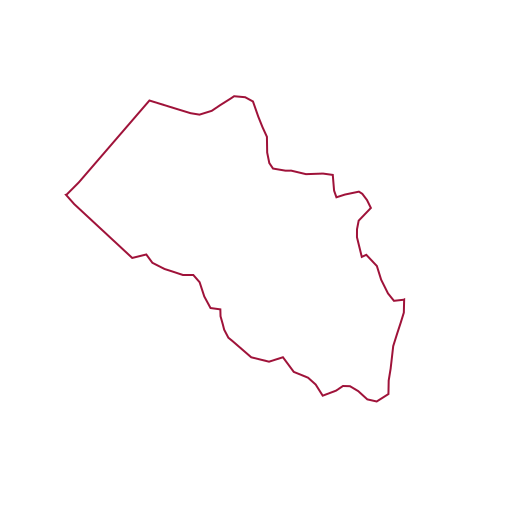 outline of Menogeia, Larnaca, Cyprus, rotated 326°
{"feature_id": "46923920B76142388843432", "entity_name": "Menogeia", "entity_type": "district", "adm_level": 2, "iso_a3": "CYP", "parent_name": "Cyprus", "parent_adm1": "Larnaca", "projection": "albers", "projection_center": [33.436, 34.845], "detail": "fine", "context": "isolated", "style": "outline", "palette": "rose", "viewbox_px": 512, "rotation_deg": 326, "n_neighbors": 0, "source": "geoboundaries", "source_scale": "gbopen_adm2", "svg_char_len": 1155}
<svg xmlns="http://www.w3.org/2000/svg" viewBox="0 0 512 512"><g transform="rotate(326 256 256)"><path d="M132.7,99.0L134.3,111.3L152.3,188.4L165.9,193.4L166.3,203.7L172.9,215.6L177.8,221.8L184.8,230.9L193.4,236.7L194.6,246.2L190.5,260.6L189.2,273.7L196.6,280.3L192.9,286.1L190.3,294.0L188.4,299.3L187.4,308.3L189.0,313.6L195.4,337.3L207.7,350.9L221.7,355.0L222.5,373.2L231.1,386.0L233.6,395.9L233.2,409.1L247.1,412.4L255.4,412.4L261.1,416.5L265.2,425.2L268.1,437.1L274.7,444.1L281.3,444.3L288.6,444.5L296.4,433.4L304.6,424.7L319.4,407.4L329.7,399.2L338.7,392.2L346.9,385.6L354.5,374.9L353.9,374.8L345.3,370.3L344.5,360.8L346.5,345.6L350.6,331.9L348.1,316.7L343.2,315.9L350.2,296.9L354.7,290.3L360.9,284.1L378.1,280.4L379.3,271.7L378.9,263.9L377.3,260.2L364.1,254.8L355.5,252.3L357.2,245.8L357.6,244.9L365.0,231.7L357.6,225.1L343.2,216.1L332.9,204.9L328.0,201.6L319.0,193.0L319.0,186.4L323.1,176.5L331.7,163.3L333.4,153.0L335.8,141.8L339.9,126.2L335.8,118.3L327.2,111.3L323.1,111.3L310.8,110.9L300.5,110.9L288.2,107.2L281.6,101.0L270.6,87.4L264.0,79.2L254.6,67.5L150.2,95.9L133.4,99.2L132.7,99.0Z" fill="none" stroke="#9f1239" stroke-width="2"/></g></svg>